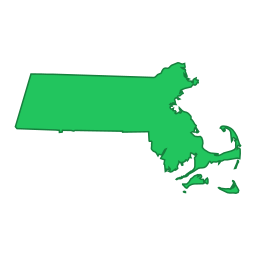 outline of Massachusetts
{"feature_id": "USA-3513", "entity_name": "Massachusetts", "entity_type": "State", "adm_level": 1, "iso_a3": "USA", "parent_name": "United States of America", "parent_adm1": "", "projection": "natural_earth1", "projection_center": [-70.926, 42.063], "detail": "fine", "context": "isolated", "style": "filled", "palette": "green", "viewbox_px": 256, "rotation_deg": 0, "n_neighbors": 0, "source": "natural_earth", "source_scale": "10m", "svg_char_len": 6027}
<svg xmlns="http://www.w3.org/2000/svg" viewBox="0 0 256 256"><path d="M160.7,158.5L161.0,157.8L164.4,152.3L166.0,149.0L165.0,149.4L164.3,150.4L162.3,154.0L161.9,154.6L161.3,154.9L159.0,154.2L158.7,154.6L158.0,155.9L156.1,152.7L154.9,151.8L153.6,151.3L152.6,150.5L151.9,149.6L151.5,149.0L151.4,148.5L151.7,145.4L151.6,144.2L151.9,142.5L151.7,141.6L151.5,141.3L151.0,141.2L149.8,141.3L149.3,141.2L149.1,140.7L148.6,131.7L122.6,132.1L122.6,131.2L75.0,130.4L73.9,131.0L73.4,131.0L71.1,130.4L62.5,130.3L62.1,132.1L59.4,132.4L59.3,130.3L55.9,130.0L17.0,128.6L15.4,126.7L31.0,74.0L41.5,74.1L47.6,74.3L53.3,74.3L153.8,77.5L154.9,77.2L155.8,76.5L157.6,74.7L158.1,74.4L160.7,73.4L161.3,72.8L162.2,70.7L162.7,69.9L163.5,68.9L164.2,68.4L165.3,68.1L167.8,68.3L168.4,68.1L169.2,67.6L170.6,66.1L171.6,65.3L177.7,62.8L178.2,62.8L179.0,62.9L181.1,63.8L182.4,64.1L184.6,63.5L184.6,64.1L185.1,66.9L184.9,67.6L184.4,67.8L181.5,67.6L182.2,68.3L182.8,68.7L184.1,69.3L184.9,69.3L185.2,69.6L185.5,70.2L185.2,71.2L187.1,76.3L186.6,76.9L184.7,74.2L184.0,73.6L184.3,76.1L185.6,77.4L189.2,79.0L188.2,79.5L187.1,79.5L188.2,80.9L191.7,81.2L191.8,82.3L192.9,82.9L193.2,82.2L193.1,80.1L193.6,79.4L194.4,78.8L196.1,78.0L195.9,79.1L196.2,79.8L196.7,80.0L197.6,80.1L198.2,80.3L197.9,81.6L198.2,82.3L198.2,82.7L197.3,82.7L196.9,83.2L196.6,83.8L196.1,84.5L195.1,85.1L193.9,84.9L193.7,84.5L193.4,84.5L192.6,84.9L191.2,86.9L184.9,88.4L181.7,89.7L180.6,90.4L181.1,90.9L180.2,91.8L179.8,93.1L180.6,92.7L182.1,91.5L182.4,92.3L183.0,93.0L183.1,93.4L182.1,93.8L179.8,95.8L178.3,95.8L177.9,96.1L177.7,97.1L178.2,97.9L179.8,99.0L178.2,99.5L176.5,97.6L175.3,98.2L174.6,99.3L174.6,100.0L175.1,101.2L175.5,103.7L176.0,104.5L175.0,104.4L174.0,103.1L173.2,102.8L172.5,103.0L172.6,103.6L173.1,104.1L173.8,104.5L172.6,104.7L170.7,103.5L169.9,104.5L171.2,104.9L171.7,105.4L172.1,106.1L171.1,106.2L170.3,106.7L170.0,107.5L170.6,108.6L171.3,109.1L171.9,109.2L173.4,108.3L173.0,110.5L174.0,110.8L175.3,110.8L176.0,111.8L175.8,112.2L175.1,112.8L175.1,113.2L175.8,113.7L176.1,113.7L176.3,113.4L176.7,113.5L177.6,113.1L179.3,112.0L180.1,113.1L180.8,112.8L181.3,112.0L181.3,111.5L180.5,111.0L179.8,109.9L179.3,108.7L179.3,107.7L182.0,110.5L183.6,111.6L186.6,112.4L188.0,113.2L189.2,114.3L190.8,116.2L191.0,116.7L191.0,119.3L191.3,119.3L192.1,120.0L193.2,121.5L194.8,124.3L196.2,125.6L195.8,127.0L196.4,128.2L198.3,131.1L198.7,131.6L198.3,132.1L197.7,132.6L197.0,132.7L196.4,132.5L195.7,132.1L197.0,131.6L196.3,129.4L195.7,128.3L195.1,127.8L194.6,128.3L194.0,132.1L192.9,131.7L192.4,131.8L190.9,132.7L194.7,136.3L197.8,136.7L200.3,136.5L201.6,137.6L202.6,140.3L202.9,143.3L202.4,145.5L202.4,147.5L204.2,149.6L208.3,152.2L210.7,153.1L218.6,153.8L217.7,154.2L215.4,154.2L214.6,154.6L214.8,155.2L216.1,155.5L218.6,155.5L220.6,154.8L223.9,153.0L231.5,150.9L234.6,149.5L235.9,147.5L235.7,145.1L235.8,142.3L234.5,140.3L235.2,140.3L236.7,139.8L236.7,139.2L235.5,139.0L234.1,137.8L233.5,137.5L232.6,138.1L232.3,140.5L231.6,141.4L230.8,133.3L230.6,131.9L229.6,130.0L227.2,128.4L225.4,127.9L223.9,129.0L223.8,129.9L225.1,129.9L225.1,130.7L223.9,131.5L223.1,130.9L221.3,128.4L220.3,128.1L220.5,127.5L221.0,126.9L221.4,126.5L222.3,126.2L223.7,126.1L226.6,126.5L228.4,127.1L230.7,128.3L232.6,129.8L235.0,133.0L237.0,136.6L239.5,144.2L240.6,145.7L240.2,146.2L239.7,146.2L238.8,145.5L238.2,145.3L237.7,145.7L237.4,147.9L237.2,149.0L238.6,148.1L239.6,148.3L240.1,149.3L240.2,153.4L239.8,158.7L237.3,158.1L227.3,159.8L224.3,159.8L222.3,160.8L220.8,161.2L220.3,161.8L219.3,163.3L218.8,163.8L218.9,162.9L219.5,160.9L218.6,161.1L216.9,161.9L215.9,162.0L213.8,161.8L212.9,162.0L212.0,162.8L211.3,163.1L210.4,161.6L209.6,161.4L209.0,162.1L207.0,165.3L205.7,166.7L204.2,167.5L202.4,167.8L200.3,167.9L198.4,168.3L194.5,170.8L192.8,170.1L194.3,168.5L194.9,166.3L194.9,160.3L194.6,159.0L194.5,157.9L194.9,157.2L195.6,156.5L196.1,155.8L195.8,154.9L196.7,154.4L196.2,153.5L195.6,153.4L195.1,154.0L194.9,154.9L194.5,154.9L192.5,153.5L191.2,152.9L190.6,153.0L190.4,155.6L190.5,156.6L191.0,157.7L189.4,157.5L188.8,158.3L188.3,159.6L187.2,160.9L186.4,159.8L185.7,159.9L185.2,160.6L185.2,161.2L184.2,161.8L183.0,162.3L182.4,162.3L182.8,164.3L182.7,165.2L182.0,165.3L181.6,164.8L180.9,162.8L178.9,161.4L178.8,163.4L177.9,164.7L177.3,166.2L177.7,168.5L176.3,169.6L175.5,170.1L174.6,170.1L174.8,169.5L172.0,171.6L170.4,172.0L168.6,171.2L169.8,170.6L170.2,169.6L169.9,168.4L169.0,167.4L169.0,169.1L168.3,169.5L166.0,169.1L166.8,170.7L165.3,171.5L164.7,165.0L164.0,164.1L164.7,159.8L160.7,158.5ZM199.7,178.3L200.5,179.0L201.4,179.3L203.4,179.4L204.0,183.4L202.9,183.7L194.0,183.9L192.1,184.3L190.4,185.0L188.9,185.9L187.1,188.0L186.4,188.1L185.3,187.4L183.4,185.2L182.7,184.7L182.7,184.1L186.7,184.1L188.4,182.6L189.2,181.7L190.9,178.8L192.5,177.8L194.4,176.0L197.9,174.6L198.6,174.8L197.9,176.6L198.9,176.2L200.0,174.6L201.0,175.0L201.6,176.2L201.6,176.9L200.9,177.6L199.7,178.3ZM232.6,181.0L232.7,180.7L233.5,180.9L234.2,181.6L235.7,185.0L237.6,188.2L238.7,190.3L238.1,192.4L236.0,193.2L233.3,192.9L229.9,193.0L227.4,192.6L219.9,189.0L218.5,187.8L218.9,187.5L219.9,187.7L220.9,188.3L225.9,188.9L228.2,188.7L229.3,188.8L229.9,189.1L230.4,189.2L230.9,189.0L231.5,188.3L233.1,187.8L234.1,187.0L234.8,185.9L235.1,184.8L234.0,185.3L232.2,187.1L231.2,187.5L233.2,184.3L233.7,182.6L232.6,181.0ZM186.7,174.2L191.2,171.0L192.2,171.2L193.2,171.7L188.2,174.5L188.2,175.0L187.6,175.7L186.1,176.6L183.5,177.1L183.1,176.5L183.8,175.9L184.7,176.1L186.7,174.2ZM204.5,181.0L205.3,180.2L206.3,178.8L207.3,178.1L207.9,179.4L208.0,181.9L207.9,183.0L207.5,183.7L206.7,183.6L205.7,182.9L204.8,181.9L204.5,181.0ZM237.6,160.4L238.1,160.5L238.4,160.9L238.5,162.0L237.5,163.6L235.8,168.3L234.6,168.5L237.2,162.4L237.6,160.4ZM181.1,177.4L181.8,176.6L182.5,177.7L182.1,178.1L180.8,178.7L178.9,178.7L177.5,179.0L176.8,179.6L176.2,179.3L176.7,178.8L177.6,178.2L178.5,178.1L179.4,177.6L181.1,177.4ZM183.7,191.5L184.2,191.5L184.7,191.3L185.5,191.8L185.5,192.5L184.1,192.3L183.5,191.8L183.7,191.5Z" fill="#22c55e" stroke="#15803d" stroke-width="1.5"/></svg>